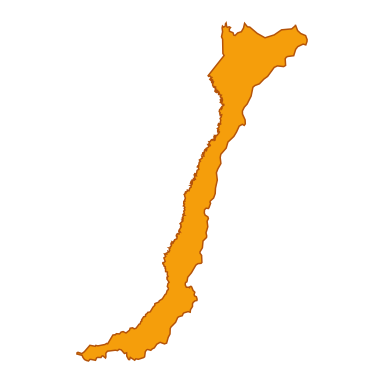 the district of Benjamin Constant, Amazonas, Brazil
{"feature_id": "56859067B4861181831947", "entity_name": "Benjamin Constant", "entity_type": "district", "adm_level": 2, "iso_a3": "BRA", "parent_name": "Brazil", "parent_adm1": "Amazonas", "projection": "robinson", "projection_center": [-70.409, -5.498], "detail": "fine", "context": "isolated", "style": "filled", "palette": "amber", "viewbox_px": 384, "rotation_deg": 0, "n_neighbors": 0, "source": "geoboundaries", "source_scale": "gbopen_adm2", "svg_char_len": 6010}
<svg xmlns="http://www.w3.org/2000/svg" viewBox="0 0 384 384"><path d="M178.9,230.9L178.8,231.5L179.6,232.4L178.7,233.4L178.9,234.0L178.1,234.0L178.2,233.5L177.3,233.7L176.3,235.3L176.5,236.5L177.2,236.4L176.8,238.8L174.6,239.8L174.4,241.0L173.8,241.1L173.4,242.3L172.1,241.8L172.6,243.1L171.3,242.9L170.9,243.9L171.4,243.9L171.6,244.8L170.9,246.5L170.4,246.6L169.9,248.1L169.1,248.0L169.8,248.6L169.3,249.2L169.7,250.6L169.1,251.7L168.0,251.2L168.2,252.2L166.2,253.3L166.6,254.1L164.5,253.9L165.7,256.5L163.9,257.9L165.2,261.4L164.1,262.4L162.9,262.6L162.8,263.8L163.6,264.2L164.1,266.2L165.3,266.7L165.0,268.1L165.5,268.4L165.6,271.6L167.4,272.0L167.3,274.9L168.1,276.5L166.9,277.2L167.3,278.0L166.9,278.9L169.1,282.3L168.0,283.5L167.3,286.5L168.4,288.1L168.3,289.6L167.2,290.4L166.1,293.9L165.1,294.5L162.4,298.8L159.3,300.8L158.7,302.1L154.9,303.6L154.7,305.5L153.1,307.0L150.5,311.4L149.9,312.0L147.7,312.4L147.1,313.5L145.6,314.5L145.5,316.4L143.6,316.8L141.6,319.9L141.8,321.0L140.9,321.5L140.1,323.9L139.1,324.2L136.0,328.3L134.2,328.8L132.6,327.8L130.2,328.2L129.4,330.3L126.0,333.0L123.1,331.6L121.1,332.1L119.6,333.9L116.3,333.7L115.5,334.7L112.9,335.0L107.7,343.8L106.8,343.4L104.9,344.5L97.8,345.9L95.8,345.4L95.2,346.3L89.9,345.3L84.4,351.7L81.9,353.6L78.0,352.3L77.1,352.7L76.9,354.0L82.1,355.4L83.0,357.5L84.5,359.5L86.5,360.5L88.5,361.0L89.9,359.4L90.9,359.4L95.5,360.3L96.6,357.9L97.6,357.4L101.0,357.5L101.8,356.2L102.8,355.8L105.5,358.0L105.9,357.0L105.8,353.3L107.4,351.2L115.4,350.2L117.5,350.6L119.1,349.3L121.3,349.9L124.4,353.5L126.6,352.8L126.8,356.2L128.6,359.5L129.6,359.6L130.3,357.4L134.7,360.2L135.9,358.8L138.3,359.3L143.6,357.6L144.6,356.8L145.3,351.7L146.6,349.9L147.7,349.5L150.8,350.3L152.4,348.8L154.3,347.9L156.8,344.2L160.1,342.3L164.5,343.9L166.6,343.1L168.2,337.4L170.0,334.0L170.2,328.6L170.9,327.1L175.6,322.3L177.6,317.7L178.6,316.8L182.3,315.7L183.2,313.5L184.1,312.8L188.1,311.6L190.2,312.2L190.5,309.7L192.5,306.5L192.5,303.7L193.2,302.4L194.9,300.9L196.9,300.5L197.1,299.2L196.4,296.8L194.6,295.9L194.1,294.6L194.8,292.2L193.1,290.5L191.7,287.0L190.9,286.3L189.8,286.8L189.4,287.7L188.6,287.2L186.4,287.3L185.3,285.1L185.3,283.4L185.6,282.4L186.7,282.0L187.1,281.0L187.7,277.3L191.4,272.8L195.8,265.2L197.8,263.7L201.1,263.3L201.9,262.4L201.6,255.4L200.0,253.2L200.0,251.8L202.4,247.8L203.0,241.0L206.5,237.5L206.7,235.9L206.0,232.8L207.8,226.8L207.1,221.2L208.4,218.6L207.9,216.9L205.1,215.1L204.3,213.0L204.5,209.8L206.1,208.2L208.4,208.5L209.0,207.6L210.6,203.2L209.9,202.1L210.4,200.9L213.6,198.0L215.2,193.6L215.5,188.1L217.3,180.0L216.4,172.7L217.8,169.0L220.9,163.5L220.2,157.5L220.8,154.3L226.2,148.1L227.9,142.1L233.8,136.5L236.5,132.0L239.2,126.1L242.3,124.3L244.2,125.4L245.3,123.9L245.1,119.9L242.5,114.1L242.4,111.0L244.3,107.2L247.1,104.1L251.1,96.1L252.9,87.3L254.8,85.6L259.4,83.8L263.9,79.1L267.6,76.4L274.2,67.4L277.4,65.9L283.7,66.6L285.6,65.4L285.2,58.8L286.2,57.3L287.6,56.5L293.7,55.7L295.7,49.3L297.8,46.6L303.1,44.1L305.8,44.9L307.0,41.5L307.1,39.5L305.6,35.6L300.7,33.5L297.6,30.6L295.4,24.8L295.3,25.8L291.7,28.9L281.6,29.8L274.2,34.9L265.0,37.8L257.2,33.4L249.8,27.1L247.4,26.8L244.6,23.3L243.5,28.0L241.4,31.7L237.7,32.9L235.1,35.5L233.8,35.1L233.0,32.7L229.5,31.3L229.3,29.1L230.5,27.5L229.2,26.8L227.3,27.4L226.6,26.3L226.1,23.0L225.4,24.0L225.5,25.6L224.6,26.6L223.5,27.1L222.5,26.1L222.1,27.9L222.6,31.8L221.5,36.8L222.6,39.1L222.9,53.5L224.1,55.5L208.1,75.7L208.7,76.4L209.9,75.9L210.4,76.9L211.8,77.4L209.8,79.3L210.6,80.1L211.0,78.9L212.6,79.9L212.7,80.4L211.6,80.7L211.7,82.6L212.1,82.7L212.3,81.5L213.5,81.9L212.7,83.7L212.6,85.0L213.5,87.0L214.1,87.3L214.4,86.6L215.6,87.1L214.9,87.9L215.9,89.0L215.1,90.0L215.0,91.3L215.4,91.7L216.1,90.1L217.6,90.5L217.5,92.3L218.7,91.8L219.4,93.5L218.6,93.4L218.6,94.5L221.3,95.2L220.2,96.8L221.2,97.8L222.4,97.5L221.1,98.5L221.2,99.1L222.2,98.7L222.4,99.1L222.4,100.8L221.6,101.0L222.0,101.8L220.6,101.8L220.3,102.4L221.6,103.0L222.3,104.4L223.7,104.3L223.9,105.1L221.8,106.7L222.1,107.9L221.7,108.7L221.2,107.1L221.0,108.3L219.6,109.7L219.2,111.6L220.2,112.8L219.8,113.6L220.3,115.7L221.0,115.8L221.1,114.8L221.7,114.7L221.2,117.1L220.1,118.4L220.8,120.2L220.3,122.1L220.7,124.0L219.5,124.6L219.2,124.3L219.8,123.6L218.6,123.5L218.0,125.2L219.0,125.6L218.8,127.6L217.4,128.5L218.7,129.8L217.7,130.3L217.7,131.9L218.1,131.8L218.0,130.9L219.4,131.8L219.3,132.4L216.9,135.5L214.8,135.5L215.8,136.8L215.5,137.5L214.6,136.4L214.0,136.5L214.1,138.6L215.1,139.2L215.1,140.0L214.1,140.5L213.4,139.4L212.3,139.5L212.2,140.1L211.4,139.8L210.0,141.7L209.1,141.7L209.5,142.2L208.9,143.3L210.3,145.3L210.0,145.7L209.2,144.7L207.9,144.6L208.9,146.2L208.2,147.3L206.4,148.3L206.8,149.5L206.4,150.8L205.8,150.6L206.3,149.0L205.8,149.0L204.9,149.7L205.4,150.5L204.2,151.1L204.4,152.5L202.8,152.8L202.7,153.3L203.7,153.9L202.8,154.3L203.5,154.5L203.9,156.1L201.7,156.0L202.3,158.0L199.4,160.0L200.4,161.2L199.2,162.3L198.6,166.1L197.8,165.9L197.3,166.9L198.3,167.2L198.8,169.3L197.1,170.4L196.5,173.7L194.8,173.6L194.7,174.2L196.0,174.8L196.4,175.8L194.4,175.4L194.9,176.2L194.4,177.2L195.2,179.1L193.8,178.8L194.4,179.9L194.1,180.2L192.7,179.9L192.1,180.1L192.8,181.4L191.9,180.8L191.1,181.3L190.6,183.0L192.3,182.4L192.3,182.9L192.2,183.9L191.2,183.5L191.4,185.1L190.3,185.5L191.1,185.8L191.1,187.2L189.8,188.0L189.0,190.7L187.4,190.1L187.4,191.2L185.5,191.9L185.3,192.6L186.5,193.2L185.3,193.1L184.2,194.5L184.7,194.8L184.6,195.9L185.4,198.1L184.6,200.3L184.8,201.3L183.8,201.4L183.7,203.7L184.5,204.1L183.4,205.9L184.2,206.2L184.9,207.5L184.2,208.4L184.9,210.0L183.7,211.1L184.3,213.2L183.1,214.3L184.4,215.2L183.1,215.3L183.2,216.7L182.4,217.4L183.1,218.6L182.1,219.1L182.8,219.5L182.3,220.4L182.9,220.8L182.7,221.2L182.1,220.8L181.9,221.8L180.0,223.7L181.1,225.0L180.6,226.2L181.2,226.8L179.1,230.2L179.8,231.4L178.9,230.9ZM215.4,91.7L216.3,92.4L216.8,92.1L216.9,91.1L215.4,91.7ZM221.6,101.0L221.5,99.8L220.4,99.8L220.5,100.3L221.6,101.0Z" fill="#f59e0b" stroke="#b45309" stroke-width="1.5"/></svg>